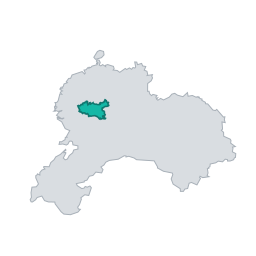 Hubei on a map of China (Albers equal-area conic projection), rotated 174°
{"feature_id": "CHN-1807", "entity_name": "Hubei", "entity_type": "Province", "adm_level": 1, "iso_a3": "CHN", "parent_name": "China", "parent_adm1": "", "projection": "albers", "projection_center": [112.208, 31.166], "detail": "fine", "context": "in_parent", "style": "filled", "palette": "teal", "viewbox_px": 256, "rotation_deg": 174, "n_neighbors": 0, "source": "natural_earth", "source_scale": "10m", "svg_char_len": 8231}
<svg xmlns="http://www.w3.org/2000/svg" viewBox="0 0 256 256"><g transform="rotate(174 128 128)"><path d="M141.6,193.2L136.0,190.8L135.6,188.4L136.7,187.2L132.7,186.3L130.4,184.2L124.5,187.5L123.2,186.3L120.3,187.6L118.3,186.0L116.7,187.6L114.9,186.9L114.0,187.9L114.4,193.0L112.4,192.6L111.9,190.0L107.7,190.8L107.0,188.2L103.9,187.3L105.8,183.8L103.2,182.4L102.8,179.1L103.5,178.2L98.1,178.5L98.9,177.1L98.4,175.2L100.0,172.5L103.8,170.2L104.7,162.4L103.3,162.4L102.8,159.6L101.2,157.7L99.7,158.8L95.7,157.3L97.1,155.9L96.7,154.5L95.4,154.9L96.5,153.6L95.4,152.5L92.5,154.0L89.7,152.2L83.7,154.4L80.8,157.1L77.9,157.6L75.4,155.5L70.1,153.4L65.2,157.0L64.9,153.3L60.6,153.6L56.9,151.4L55.9,152.0L55.0,150.9L54.3,151.7L53.4,149.8L51.3,149.0L51.7,147.8L48.4,145.5L48.3,144.0L46.2,143.6L41.7,137.0L39.3,136.2L37.8,137.2L32.0,128.9L30.5,129.0L31.3,126.1L30.8,123.2L33.9,124.2L34.1,117.0L35.4,116.0L33.4,113.7L33.7,109.8L27.5,106.2L26.9,104.9L27.5,102.2L23.2,98.3L26.1,98.1L25.7,96.9L26.7,93.4L23.5,91.3L24.2,87.5L25.3,87.2L26.3,85.4L29.8,84.5L32.4,84.7L32.4,86.2L34.6,86.8L37.5,84.5L41.7,85.6L44.4,84.2L50.0,83.6L50.6,80.9L52.1,80.3L51.8,79.5L53.3,79.3L53.1,74.9L54.3,72.4L52.5,71.1L58.9,70.8L61.4,72.5L62.0,71.3L61.2,70.3L65.4,64.2L70.6,67.2L73.0,66.7L75.0,61.6L77.9,61.3L79.5,59.2L82.5,59.5L82.4,62.2L89.0,67.5L90.4,72.8L88.3,77.0L88.7,78.6L97.3,81.3L102.9,85.2L102.7,86.3L105.4,92.6L122.9,95.6L125.0,97.5L130.2,99.8L133.0,99.4L132.9,100.4L134.6,100.8L141.0,98.0L150.0,97.7L153.7,96.3L155.8,93.7L159.0,92.1L157.2,89.2L158.9,86.1L164.6,87.5L167.8,84.5L171.5,84.1L174.3,80.4L176.9,79.9L177.2,78.9L185.2,78.1L184.5,76.0L180.3,72.6L178.0,72.8L176.7,74.3L174.7,73.4L171.9,74.3L170.7,72.4L174.1,65.0L178.0,66.1L182.2,63.5L181.8,62.1L184.3,56.8L186.3,54.6L185.8,52.6L183.9,52.1L186.6,49.6L194.4,47.8L200.8,49.1L203.3,51.7L208.4,60.2L208.5,62.0L214.9,62.8L218.6,64.5L220.8,69.3L225.6,68.4L227.4,66.3L230.8,64.4L232.1,64.7L232.8,66.9L231.3,69.1L231.2,73.8L229.7,79.2L225.4,79.1L222.9,81.7L224.9,88.0L224.7,90.2L222.6,91.4L223.1,92.1L220.6,90.4L220.3,93.0L217.9,95.2L214.9,95.9L216.0,97.5L215.7,98.5L210.5,97.7L208.4,101.7L204.8,104.2L202.9,106.8L198.0,108.8L192.3,113.3L192.0,112.5L194.0,111.4L194.4,110.1L192.5,110.3L192.4,109.6L195.5,104.9L193.8,102.9L191.5,103.5L189.3,106.7L185.6,109.1L184.3,111.8L180.0,112.3L179.7,115.5L184.5,117.0L184.7,120.2L186.0,121.0L187.7,120.9L189.4,118.3L191.1,117.5L194.5,118.9L198.3,118.9L197.3,121.6L195.8,121.1L191.8,123.0L191.3,125.3L189.6,125.1L190.0,126.1L186.2,131.5L190.5,133.9L193.3,141.1L197.4,144.3L197.2,145.2L192.2,143.8L190.4,144.7L193.1,144.3L197.8,148.1L194.3,151.5L192.6,151.7L191.6,152.4L195.8,151.8L199.2,153.5L197.1,155.5L198.9,155.3L198.9,156.9L197.0,157.1L198.0,157.8L197.3,159.3L198.0,160.9L196.1,160.9L194.6,162.5L192.2,169.0L190.3,168.4L191.6,170.4L190.0,171.8L188.6,171.6L190.6,172.0L190.8,174.8L189.0,174.6L189.5,175.6L188.2,175.8L187.0,178.5L183.6,179.4L184.6,180.4L181.8,183.5L179.9,183.4L178.1,186.6L167.7,188.9L165.5,186.2L164.7,187.1L165.7,190.2L163.7,190.3L161.5,192.3L160.6,191.4L160.3,192.5L158.8,192.0L157.3,193.3L152.1,194.2L151.0,196.0L152.5,197.9L151.7,198.9L149.7,198.6L148.8,196.1L150.0,193.5L148.5,192.6L146.6,193.7L143.8,191.4L143.9,192.7L141.6,193.2ZM153.1,199.7L154.6,201.9L150.4,207.3L147.9,208.2L144.3,206.7L144.2,203.2L147.0,200.7L153.1,199.7ZM197.7,146.1L196.3,146.0L195.0,144.9L196.0,145.1L197.7,146.1ZM199.9,152.5L198.9,152.9L198.7,152.3L199.9,152.5ZM191.7,173.8L191.1,174.6L191.2,173.6L191.7,173.8ZM151.5,195.7L152.6,195.4L152.5,195.9L151.5,195.7Z" fill="#d9dde1" stroke="#a8b0b8" stroke-width="1"/><path d="M151.3,150.8L151.5,150.7L151.7,150.4L151.8,149.9L151.7,149.6L151.7,149.3L151.9,149.2L151.8,148.8L151.8,148.6L151.7,148.1L151.1,147.8L151.1,147.7L150.2,147.4L150.2,147.0L150.1,146.8L149.9,146.6L149.7,146.5L149.7,146.4L149.8,146.2L149.8,145.6L150.0,145.0L149.9,144.8L149.8,144.4L149.5,144.2L149.4,143.9L149.3,143.7L149.6,143.5L149.7,142.8L149.9,142.8L150.0,142.6L150.3,142.7L150.5,142.6L150.9,142.6L151.4,142.8L151.6,142.7L151.9,142.6L152.0,142.5L152.0,142.4L151.9,142.3L152.0,142.0L151.8,141.6L151.7,141.5L151.4,141.3L151.1,141.2L150.9,141.2L150.7,141.3L150.4,141.1L150.5,140.9L150.6,140.6L150.4,140.4L150.1,140.2L149.8,140.2L149.5,140.1L149.3,140.0L149.6,139.6L149.9,139.7L150.1,139.5L150.5,139.6L150.9,139.6L151.3,139.8L151.8,139.8L152.1,140.0L152.3,140.1L153.1,140.0L153.4,139.7L153.5,139.7L153.7,139.9L153.8,140.1L154.0,140.1L154.2,140.3L154.3,140.4L154.3,140.2L154.5,140.1L154.6,139.9L154.9,139.9L155.0,139.7L155.3,139.9L155.7,140.2L155.8,140.4L155.9,140.6L156.1,140.9L156.1,141.0L156.2,141.3L156.6,141.6L156.8,141.9L157.2,142.3L157.3,142.6L157.6,142.6L157.8,142.6L158.0,142.7L158.2,143.1L159.0,143.3L159.1,143.5L159.3,143.4L159.7,143.6L160.0,143.7L160.3,143.9L160.5,143.8L160.8,143.8L161.2,143.7L161.5,143.7L162.1,143.8L162.4,143.7L163.0,143.6L163.4,143.7L163.5,143.7L163.8,143.6L164.0,143.7L164.2,143.8L164.3,144.0L164.7,144.1L165.1,144.1L165.2,143.9L165.3,143.8L165.4,143.7L165.6,143.5L165.8,143.5L166.0,143.8L166.0,144.1L166.0,144.6L165.9,144.8L166.1,145.2L166.1,145.5L166.3,145.8L166.4,146.1L166.5,146.1L166.8,146.6L167.0,146.5L167.5,146.1L167.9,146.2L168.1,146.4L168.3,146.6L168.7,146.6L168.8,146.5L169.0,146.5L169.1,146.8L169.0,147.0L169.1,147.3L169.4,147.3L169.6,147.6L169.9,147.6L170.0,147.7L170.4,147.7L170.9,147.7L171.0,147.7L171.3,147.2L171.5,147.1L171.7,147.4L171.7,147.7L171.7,147.8L172.0,148.1L172.3,148.0L172.4,148.3L172.6,148.4L172.7,148.6L172.9,148.8L173.1,149.1L173.3,148.9L173.5,148.8L174.0,149.2L174.1,149.3L174.3,149.2L174.4,149.4L174.6,149.5L174.8,149.6L175.0,149.7L175.0,149.8L174.9,150.0L174.6,150.2L174.4,150.3L174.3,150.5L174.3,150.8L174.2,150.9L174.0,151.2L174.1,151.4L174.2,151.5L174.4,151.8L174.7,152.1L174.7,152.4L174.5,152.5L174.6,152.9L174.8,153.0L175.1,153.4L175.3,154.2L175.3,154.5L175.5,154.8L175.5,155.1L175.6,155.3L175.0,155.6L174.6,155.6L174.0,155.3L173.9,155.1L173.2,155.1L172.8,155.4L172.8,155.6L172.7,155.8L172.4,156.1L172.2,156.3L172.0,156.2L171.8,156.1L171.4,156.1L171.5,156.2L171.6,156.4L171.5,156.8L171.5,156.7L171.4,156.6L170.9,156.6L170.8,156.8L170.7,156.8L170.6,156.7L170.6,156.9L170.4,157.1L170.4,157.3L170.1,157.5L170.0,157.4L169.9,157.4L169.7,157.4L169.0,157.7L168.8,157.6L168.5,157.7L168.3,157.5L168.2,157.6L168.1,158.1L167.7,158.2L167.4,158.3L167.1,158.4L166.7,158.9L166.2,158.6L166.0,158.9L165.9,158.9L165.7,158.6L165.7,158.3L165.7,158.2L165.4,158.1L165.4,157.9L165.5,157.7L165.9,157.4L166.0,157.2L165.9,157.0L165.8,156.8L165.8,156.4L165.7,156.1L165.3,156.1L165.2,156.0L165.2,155.7L165.4,155.3L165.4,155.2L165.1,155.4L164.9,155.6L164.7,155.7L163.8,156.8L163.7,157.1L163.4,157.0L163.3,156.9L163.2,156.9L162.9,157.1L162.7,156.5L162.7,156.3L162.8,156.2L163.1,156.0L163.2,155.8L163.1,155.7L162.8,156.1L162.7,155.9L162.7,155.7L162.2,155.9L162.1,156.1L161.9,156.1L161.8,156.3L161.7,156.3L161.3,156.4L161.1,156.3L160.9,156.3L160.5,156.6L160.2,156.8L160.2,156.5L160.0,156.4L159.9,156.2L159.8,156.3L159.6,156.0L158.8,155.3L158.5,155.2L158.1,155.0L157.8,155.1L157.4,155.1L157.0,154.9L156.7,155.0L156.5,154.8L156.1,154.5L155.3,154.4L154.9,154.3L154.3,154.2L154.1,154.2L154.0,154.3L154.0,154.5L153.9,154.5L153.7,154.4L153.3,154.4L153.1,154.4L153.0,154.5L153.0,154.8L153.0,155.0L153.3,155.4L153.4,155.5L153.5,155.7L153.4,155.8L153.1,155.9L152.9,155.9L152.8,156.1L152.6,156.2L152.2,156.1L151.9,155.7L151.7,155.7L150.2,155.8L149.9,156.1L149.8,156.4L149.7,156.4L149.2,156.4L149.1,156.5L148.9,156.5L148.8,156.8L148.7,156.8L148.7,157.0L148.6,157.3L148.4,157.5L148.4,157.8L148.1,158.0L148.0,158.5L147.9,158.6L147.3,158.1L147.1,157.7L146.7,157.5L146.7,157.4L146.8,157.2L146.6,157.0L146.6,156.8L146.7,156.4L146.6,156.2L146.1,155.9L145.9,155.8L145.8,155.7L145.8,155.3L145.7,155.1L145.3,155.4L145.2,155.6L144.9,155.6L144.8,155.4L144.7,155.2L144.8,155.1L145.1,155.1L145.3,155.0L145.3,154.9L145.3,154.7L145.4,154.4L145.3,153.7L145.4,153.2L145.3,152.9L144.9,152.7L144.7,152.6L144.8,152.3L145.0,152.2L145.6,152.1L145.8,151.8L146.0,152.0L146.5,151.9L146.9,151.7L147.1,151.7L147.5,151.7L147.6,151.8L147.8,151.9L148.3,151.7L148.5,151.8L148.9,151.7L149.2,151.5L149.4,151.5L149.5,151.4L149.8,151.2L150.1,150.8L150.7,150.5L150.8,150.5L151.0,150.5L151.3,150.8Z" fill="#14b8a6" stroke="#0f766e" stroke-width="1.5"/></g></svg>